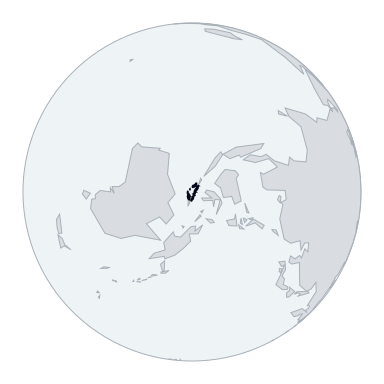 the Earth from above Nusa Tenggara Timur, rotated 118°
{"feature_id": "IDN-1235", "entity_name": "Nusa Tenggara Timur", "entity_type": "Province", "adm_level": 1, "iso_a3": "IDN", "parent_name": "Indonesia", "parent_adm1": "", "projection": "orthographic", "projection_center": [122.339, -9.496], "detail": "fine", "context": "on_globe", "style": "filled", "palette": "ink", "viewbox_px": 384, "rotation_deg": 118, "n_neighbors": 0, "source": "natural_earth", "source_scale": "10m", "svg_char_len": 10662}
<svg xmlns="http://www.w3.org/2000/svg" viewBox="0 0 384 384"><g transform="rotate(118 192 192)"><circle cx="192" cy="192" r="169" fill="#eef3f6" stroke="#a8b0b8"/><path d="M329.2,223.8L329.0,225.1L328.8,225.2L329.2,223.8ZM285.5,51.2L286.0,51.7L284.0,50.3L285.5,51.2ZM271.7,43.0L271.2,42.8L268.8,41.5L271.7,43.0ZM350.3,134.3L348.9,130.5L350.0,133.1L350.3,134.3ZM347.8,128.2L348.3,129.5L347.9,128.4L347.8,128.2ZM347.3,127.4L347.7,128.0L347.4,127.6L347.3,127.4ZM346.8,126.7L347.0,126.9L347.0,127.0L346.8,126.7ZM345.5,124.6L345.1,124.0L345.2,123.8L345.5,124.6ZM271.6,43.0L272.7,43.6L271.0,42.7L271.6,43.0ZM263.2,38.8L260.2,37.5L262.9,38.6L263.2,38.8ZM258.1,36.6L250.6,33.8L252.4,34.7L243.2,31.1L252.6,34.3L255.7,35.5L258.1,36.6ZM239.4,29.8L237.2,29.2L239.0,29.7L239.4,29.8ZM67.0,78.3L67.2,78.2L69.3,75.9L69.5,75.7L79.0,66.4L89.3,57.8L100.2,50.2L111.7,43.4L123.6,37.5L136.0,32.6L136.6,32.4L138.8,31.7L140.7,31.0L141.1,31.3L142.7,30.7L143.2,30.4L146.7,29.3L153.0,27.6L152.7,27.8L150.4,28.4L145.3,30.3L139.2,32.3L139.8,32.3L145.0,30.6L151.3,28.2L155.1,27.2L152.8,28.0L153.9,27.6L155.8,27.2L157.4,27.1L160.3,26.2L180.9,23.5L186.1,23.7L181.7,24.3L195.9,24.3L200.6,25.6L201.1,25.1L208.2,25.5L206.8,25.1L207.5,25.0L225.1,27.2L229.0,28.3L237.1,29.9L237.3,29.8L234.8,29.0L243.2,31.1L252.4,34.7L251.4,34.6L257.8,37.4L254.6,37.1L255.0,38.5L247.9,37.3L248.8,39.0L251.2,40.0L254.2,43.4L252.1,48.0L243.2,39.9L244.3,34.6L242.9,36.1L240.1,34.6L237.6,34.6L236.9,36.1L238.8,36.9L221.5,35.6L213.6,40.2L221.8,41.3L225.8,44.1L223.9,53.0L203.8,64.1L208.8,70.1L208.3,73.6L202.1,74.9L202.7,69.7L197.5,67.2L198.8,64.4L189.1,65.7L190.4,61.7L182.2,65.1L184.0,68.6L192.0,68.5L184.3,73.8L190.9,80.7L190.3,88.6L174.5,101.9L160.5,105.8L159.3,108.5L154.5,105.2L146.9,110.5L155.0,126.9L154.4,131.7L142.7,140.7L142.6,137.1L129.8,128.3L126.5,139.9L136.2,149.8L139.5,161.8L131.7,158.0L128.4,147.6L123.9,144.2L125.8,133.9L123.2,119.3L115.4,122.3L116.6,116.5L111.9,105.5L101.0,109.8L83.2,126.4L79.8,141.8L74.1,149.3L69.8,128.4L72.0,114.5L67.8,116.5L65.5,106.4L54.1,109.0L54.8,105.8L52.2,108.2L50.9,106.0L52.9,100.9L51.1,102.2L46.5,115.7L48.7,114.5L53.8,107.7L51.8,113.0L53.3,116.8L43.4,132.3L30.2,150.3L32.8,139.1L39.6,119.1L45.3,108.2L51.8,97.7L59.1,87.7L67.0,78.3ZM36.7,125.3L35.8,127.5L32.5,136.4L30.0,151.1L29.3,153.2L29.6,156.0L35.5,148.5L34.7,152.4L29.5,172.4L24.8,202.3L27.7,219.3L31.2,234.6L33.2,247.3L38.0,258.7L39.8,264.2L43.2,271.0L47.5,279.1L52.6,287.5L46.1,277.2L40.4,266.5L35.4,255.5L31.3,244.0L27.9,232.4L25.5,220.5L23.8,208.5L23.1,196.3L23.2,184.2L24.2,172.1L26.1,160.1L28.8,148.3L32.4,136.7L36.7,125.3ZM63.9,84.0L66.9,83.1L72.4,75.5L74.0,74.8L75.3,72.7L72.8,75.0L77.0,69.5L80.7,66.7L83.9,63.7L83.1,63.9L75.5,70.1L69.4,77.7L65.8,81.4L63.9,84.0ZM102.3,306.1L105.8,308.0L104.2,308.6L102.3,306.1ZM37.1,227.4L43.9,255.8L42.0,257.3L38.2,249.7L33.4,232.9L34.3,226.8L33.9,218.9L37.1,227.4ZM182.2,192.2L187.5,193.4L187.3,194.2L182.2,192.2ZM176.7,189.1L182.6,189.7L175.7,190.8L176.7,189.1ZM185.0,190.0L191.0,188.9L193.6,187.9L193.2,189.5L185.0,190.0ZM172.7,188.9L151.3,187.7L143.0,185.4L144.9,182.5L158.3,183.6L172.7,188.9ZM144.2,182.4L131.7,174.1L115.5,151.4L121.3,151.6L138.4,165.3L137.3,167.7L144.8,174.2L144.2,182.4ZM175.0,168.6L173.8,176.0L161.9,174.7L156.6,173.3L152.9,163.7L154.9,159.0L159.3,159.3L176.8,144.3L182.7,148.6L177.2,154.9L182.2,161.6L175.0,168.6ZM80.2,143.2L82.5,152.2L79.6,154.1L80.2,143.2ZM184.3,134.1L177.0,140.3L183.8,131.9L184.3,134.1ZM188.7,126.2L188.9,129.5L186.2,126.1L188.7,126.2ZM158.7,112.8L154.1,113.4L154.2,111.2L160.2,109.1L158.7,112.8ZM189.8,95.6L188.8,101.8L187.6,103.8L186.0,99.9L189.8,95.6ZM178.2,23.7L181.2,23.4L182.4,23.4L181.8,23.4L178.2,23.7ZM180.6,23.4L178.3,23.6L177.9,23.6L180.6,23.4ZM289.4,287.6L291.2,290.2L286.3,294.7L279.7,298.8L273.7,298.5L289.4,287.6ZM241.2,288.3L240.8,281.1L247.9,282.1L245.2,287.8L241.2,288.3ZM294.0,284.6L298.3,279.6L299.8,271.7L299.5,279.4L303.1,281.6L292.6,290.3L294.0,284.6ZM214.5,255.6L181.6,265.0L174.2,262.8L175.7,257.4L168.3,240.6L170.6,241.1L168.6,230.2L187.9,221.9L201.6,206.0L212.7,208.3L220.8,197.2L232.4,199.8L229.2,208.9L241.4,217.4L249.3,197.1L257.1,222.1L266.3,232.8L269.3,249.5L254.3,273.7L245.3,277.2L243.4,274.1L239.8,276.2L233.8,273.8L230.1,264.0L226.5,266.2L229.8,260.0L224.7,265.1L221.4,258.9L214.5,255.6ZM297.5,229.7L299.3,231.1L302.2,236.5L299.4,234.7L297.5,229.7ZM324.6,226.6L325.4,229.2L323.6,228.8L324.6,226.6ZM328.8,225.2L326.6,224.9L329.2,223.8L328.8,225.2ZM306.7,218.6L307.6,220.5L306.8,220.8L306.7,218.6ZM305.9,217.8L307.0,215.8L306.9,218.2L305.9,217.8ZM297.3,202.1L298.3,201.3L298.8,202.3L297.3,202.1ZM195.3,194.2L202.5,188.9L206.6,188.9L195.3,194.2ZM295.7,199.1L292.9,198.0L293.2,196.9L295.7,199.1ZM295.8,196.3L295.5,194.5L297.2,199.0L295.8,196.3ZM290.6,190.9L293.9,194.9L290.2,191.1L290.6,190.9ZM288.6,190.7L286.2,188.7L286.3,188.3L288.6,190.7ZM261.9,186.3L270.9,198.5L263.8,196.6L255.8,188.6L249.8,193.2L236.0,189.8L239.1,186.7L237.2,180.9L223.1,176.6L220.3,172.8L225.2,171.1L216.0,167.1L226.1,167.0L230.3,174.7L236.0,170.1L246.0,173.2L255.8,177.5L263.8,184.6L261.9,186.3ZM226.3,182.7L228.0,183.0L226.5,184.9L226.3,182.7ZM281.6,183.4L285.1,187.9L284.7,188.7L283.0,187.7L281.6,183.4ZM265.6,183.8L274.2,179.8L276.2,180.5L270.6,185.9L265.6,183.8ZM272.1,175.5L276.1,177.3L278.3,181.2L277.4,181.9L272.1,175.5ZM205.7,173.4L205.3,175.3L202.7,173.5L205.7,173.4ZM209.0,172.6L216.9,175.7L208.3,174.2L209.0,172.6ZM185.6,163.5L187.9,168.2L195.0,165.9L189.6,169.7L194.4,177.8L192.8,180.6L188.0,171.8L186.4,180.3L183.3,179.9L181.5,172.4L184.6,163.7L187.7,160.3L200.6,160.0L185.6,163.5ZM209.0,166.9L206.9,161.3L208.5,158.0L210.7,161.0L209.0,166.9ZM201.0,148.1L195.7,141.7L190.8,143.5L200.9,136.3L204.3,143.6L201.0,148.1ZM196.8,134.8L192.1,136.4L197.0,132.2L196.8,134.8ZM191.0,134.4L190.7,130.4L194.3,131.2L191.0,134.4ZM199.1,135.3L200.3,128.7L202.0,132.8L199.1,135.3ZM189.6,121.6L197.0,128.6L187.1,125.0L187.5,112.7L191.7,112.7L189.6,121.6ZM218.3,78.9L217.7,76.0L221.8,75.9L221.1,77.9L218.3,78.9ZM234.5,74.4L222.7,75.0L213.1,76.2L215.7,77.9L213.0,82.5L209.4,77.4L216.6,73.0L223.7,73.1L225.4,69.5L231.0,68.0L230.7,63.4L233.3,62.1L235.8,66.4L234.5,74.4ZM230.3,61.5L231.7,54.6L239.1,57.1L240.5,59.1L236.7,61.1L233.0,59.7L230.3,61.5ZM234.3,53.8L230.7,52.5L225.4,42.7L226.2,41.3L234.1,49.4L231.2,48.7L231.2,50.9L234.3,53.8ZM237.6,29.3L237.3,29.2L238.9,29.7L237.6,29.3ZM206.6,24.7L207.9,24.6L209.7,25.0L206.6,24.7ZM212.4,24.7L209.4,24.4L212.7,24.7L212.4,24.7ZM202.7,23.8L208.3,24.2L202.9,24.0L202.7,23.8Z" fill="#d9dde1" stroke="#a8b0b8" stroke-width="1"/><path d="M194.0,188.4L194.0,188.6L193.6,188.7L193.6,188.9L193.4,188.8L193.4,189.0L193.5,189.2L193.5,189.3L193.4,189.4L192.7,189.6L192.3,189.8L191.7,189.8L191.5,189.7L191.3,189.7L191.0,190.0L190.7,190.1L190.4,190.2L190.2,190.2L190.0,190.3L189.9,190.1L189.3,189.9L189.2,190.0L189.1,190.3L188.7,190.2L188.3,190.4L188.1,190.4L187.8,190.3L187.6,190.0L187.4,190.2L187.2,190.1L186.9,189.9L186.3,190.0L186.1,190.1L185.9,190.0L185.7,189.9L185.1,190.0L184.9,190.2L184.7,190.0L184.6,189.8L184.6,189.3L184.8,189.1L184.8,188.8L184.9,189.0L185.1,188.9L185.3,188.7L185.5,188.8L185.5,188.6L185.8,188.5L186.0,188.4L186.3,188.4L186.5,188.4L186.9,188.4L187.3,188.6L187.5,188.5L187.8,188.6L188.0,188.6L188.2,188.8L188.9,189.0L189.2,189.3L189.3,189.3L189.5,189.3L189.8,189.3L189.8,189.2L190.1,189.1L190.3,189.0L190.5,189.0L190.9,188.9L191.1,188.8L191.1,189.0L191.4,189.2L191.7,189.4L191.9,189.5L192.4,189.3L192.5,189.2L192.4,189.1L192.6,188.9L192.8,188.8L193.2,188.7L193.4,188.5L193.6,188.4L193.8,188.2L193.6,188.1L193.3,188.3L193.2,188.3L193.2,188.2L193.3,188.0L193.5,187.8L193.9,188.0L194.0,188.4ZM197.6,192.0L197.8,191.9L197.8,191.7L198.1,191.4L198.1,191.1L198.6,191.0L198.8,190.9L199.0,190.7L199.4,190.5L199.5,190.5L199.6,190.8L199.9,190.7L200.0,190.5L200.2,191.1L199.8,191.1L199.7,191.1L199.6,191.4L199.8,191.6L199.9,192.0L199.7,192.1L199.7,192.5L199.3,192.8L199.0,193.1L198.4,193.6L198.3,193.8L198.0,194.0L197.9,194.0L197.2,194.0L196.9,194.3L196.6,194.4L196.2,194.6L195.8,194.5L195.7,194.6L195.3,194.6L195.3,194.4L195.3,194.2L195.5,194.0L196.1,193.8L196.1,193.7L195.9,193.6L195.7,193.7L195.6,193.3L195.8,193.1L195.8,192.9L195.9,192.7L195.9,192.3L196.1,192.2L196.4,192.0L196.8,191.6L197.1,191.8L197.3,191.7L197.6,191.8L197.6,192.0ZM187.5,193.4L187.6,193.5L187.6,193.8L187.3,194.1L187.0,194.2L186.8,194.2L186.6,194.3L186.4,194.3L185.9,194.2L185.7,194.2L185.4,193.9L185.3,193.6L185.1,193.5L185.0,193.4L184.9,193.4L184.6,193.2L184.3,193.1L184.1,192.9L183.6,192.8L183.3,192.8L182.8,192.8L182.6,192.7L182.4,192.6L182.1,192.2L182.4,191.9L182.8,191.7L183.1,191.7L183.4,191.7L183.6,191.6L183.8,191.7L184.1,191.6L184.3,191.7L184.6,191.7L185.1,191.4L185.1,191.5L185.5,191.9L185.6,192.0L185.7,191.9L185.9,192.0L185.9,192.4L186.0,192.4L186.2,192.5L186.3,192.4L186.6,192.4L186.7,192.6L186.9,192.7L187.2,193.2L187.5,193.4ZM200.2,188.3L200.2,188.6L199.1,188.8L198.8,188.8L198.4,188.9L198.1,189.0L198.0,188.9L197.9,189.0L197.8,188.8L198.0,188.7L198.2,188.4L198.3,188.4L198.1,188.4L198.2,188.0L198.5,188.0L198.9,188.1L199.5,188.1L199.8,188.1L200.0,188.1L200.2,188.3ZM196.6,188.3L196.2,188.5L195.9,188.9L195.6,189.0L195.6,189.3L195.4,189.1L195.3,189.3L195.1,189.3L194.9,189.2L194.7,189.2L195.0,188.8L195.3,188.6L195.0,188.5L195.0,188.4L195.3,188.4L195.6,188.3L195.4,188.6L195.5,188.7L195.8,188.5L195.8,188.3L196.0,188.3L196.3,188.1L196.6,188.3ZM194.9,195.2L195.1,195.3L195.1,195.5L194.9,195.5L194.6,195.7L194.6,195.8L193.9,196.0L193.5,196.2L193.4,196.1L193.4,195.8L193.7,195.7L194.1,195.6L194.2,195.4L194.4,195.3L194.5,195.2L194.9,194.9L195.0,194.8L195.0,195.0L194.9,195.2ZM197.7,188.3L197.7,188.5L197.4,189.0L197.0,189.2L196.9,188.9L196.6,189.0L196.6,188.9L196.8,188.6L197.0,188.5L197.3,188.6L197.6,188.1L197.7,188.3ZM194.9,188.4L194.9,188.7L194.8,188.8L194.4,188.7L194.0,188.8L194.0,188.7L194.4,188.3L194.6,188.3L194.9,188.4ZM190.7,194.8L191.0,194.8L191.0,195.0L190.7,195.3L190.2,195.2L190.5,194.9L190.7,194.8ZM183.9,189.1L184.0,189.3L183.9,189.3L183.7,189.3L183.6,189.5L183.6,189.8L183.4,189.8L183.4,189.6L183.4,189.3L183.5,189.3L183.5,189.2L183.5,188.9L183.6,189.0L183.9,189.0L183.9,189.1ZM194.4,188.8L194.5,188.9L194.4,189.0L193.9,189.1L193.7,189.4L193.7,189.1L193.9,188.9L194.4,188.8ZM195.2,193.9L195.4,194.0L195.2,194.2L195.1,194.4L195.1,194.5L195.0,194.4L194.9,194.5L194.8,194.3L195.0,194.0L195.2,193.9ZM184.4,189.4L184.6,189.5L184.4,189.6L184.5,189.6L184.3,189.7L184.3,189.8L184.3,190.0L184.2,189.9L184.1,189.7L184.1,189.4L184.2,189.6L184.3,189.6L184.4,189.4ZM192.1,188.9L192.2,189.0L192.0,188.9L192.1,188.9ZM190.2,188.4L190.3,188.5L190.2,188.6L190.2,188.4ZM189.8,195.3L190.0,195.3L189.9,195.3L189.6,195.3L189.8,195.3Z" fill="#0f172a" stroke="#020617" stroke-width="1.5"/></g></svg>